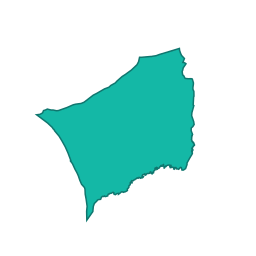 Nasarawa, Nassarawa, Nigeria (Equal Earth projection), rotated 51°
{"feature_id": "59680162B9133954487337", "entity_name": "Nasarawa", "entity_type": "district", "adm_level": 2, "iso_a3": "NGA", "parent_name": "Nigeria", "parent_adm1": "Nassarawa", "projection": "equal_earth", "projection_center": [7.947, 8.329], "detail": "fine", "context": "isolated", "style": "filled", "palette": "teal", "viewbox_px": 256, "rotation_deg": 51, "n_neighbors": 0, "source": "geoboundaries", "source_scale": "gbopen_adm2", "svg_char_len": 4663}
<svg xmlns="http://www.w3.org/2000/svg" viewBox="0 0 256 256"><g transform="rotate(51 128 128)"><path d="M86.8,65.2L81.5,73.1L80.3,74.5L83.1,78.0L84.5,81.2L85.1,88.9L84.7,96.7L84.3,100.0L84.6,107.2L85.0,109.5L84.1,114.6L84.3,116.9L84.2,117.5L82.8,121.7L81.4,130.6L80.6,134.3L80.3,146.0L79.4,149.0L76.6,153.6L75.5,155.9L73.7,162.5L70.7,171.0L69.6,172.7L67.0,174.8L65.7,176.4L62.5,178.8L62.1,180.7L61.3,182.7L62.5,184.9L62.0,187.8L60.2,190.7L73.7,187.3L75.5,187.1L79.8,186.5L81.8,186.7L82.6,186.4L83.8,186.8L90.2,186.7L91.0,186.7L96.8,187.5L103.1,188.6L109.5,190.3L115.8,192.4L117.3,192.9L117.6,193.0L117.5,193.5L120.7,193.6L125.4,194.8L127.0,195.2L130.5,195.8L133.9,196.7L138.2,198.3L142.5,199.5L146.9,199.3L148.4,199.9L150.9,201.7L152.5,202.9L156.9,205.3L163.2,209.1L164.4,210.3L166.6,212.5L173.7,218.0L170.8,207.9L167.2,204.4L165.5,201.7L165.1,197.9L164.8,197.2L165.0,196.2L165.5,195.3L166.2,194.2L165.7,193.3L165.2,192.3L165.0,191.3L165.2,190.6L165.7,190.4L166.1,189.0L166.6,189.1L167.1,188.7L167.8,187.0L168.0,186.5L167.3,185.6L167.0,184.8L167.5,184.2L167.4,183.4L167.8,182.7L168.2,181.9L168.5,180.2L168.8,179.9L169.4,179.7L170.0,180.3L170.9,180.5L171.4,180.0L171.9,179.7L171.9,179.1L171.9,178.2L172.7,176.6L173.0,176.4L173.5,176.9L173.6,175.5L173.5,173.5L173.7,172.8L174.2,172.7L174.5,172.2L174.9,172.0L175.3,171.8L175.3,171.1L175.5,170.8L175.8,170.4L176.0,169.6L176.1,168.8L176.2,168.4L176.2,167.8L175.9,167.5L175.4,167.3L174.9,166.8L174.9,165.7L174.6,164.6L174.3,164.3L173.7,163.9L173.4,163.3L173.5,162.1L173.0,161.5L171.9,160.7L171.8,160.3L172.0,159.8L172.3,159.6L172.9,159.7L173.2,159.6L173.1,159.2L172.9,159.1L171.5,158.9L171.3,158.1L172.1,157.6L172.3,156.9L172.2,156.3L172.1,155.9L172.2,155.6L172.5,155.3L172.5,155.1L172.4,154.7L172.3,154.4L172.4,154.1L172.6,153.8L172.6,153.4L172.5,152.5L172.6,152.1L173.0,152.1L173.4,151.8L173.6,151.1L173.4,151.0L173.3,150.5L173.6,150.3L174.2,149.9L174.8,149.9L175.1,149.7L175.0,149.1L175.3,148.7L175.7,148.3L175.8,147.8L175.7,147.0L175.5,146.6L175.3,146.8L175.2,147.3L174.8,147.6L174.3,147.5L174.1,147.1L173.7,146.3L173.6,145.8L174.0,145.2L174.1,144.2L174.2,143.8L174.4,143.8L174.7,143.9L175.1,144.3L175.4,144.4L175.7,143.9L175.7,143.5L175.4,142.7L175.4,142.0L175.5,141.6L175.9,141.3L176.2,140.7L176.5,140.3L176.7,139.8L176.5,139.2L176.3,138.9L176.1,138.4L176.1,138.2L176.5,138.1L176.7,137.9L176.9,138.1L177.3,138.5L177.6,138.6L178.1,138.5L178.3,138.3L178.7,138.2L178.9,138.0L178.8,137.8L178.3,137.6L178.2,137.3L178.1,137.0L178.5,136.9L178.7,136.6L178.9,136.4L178.7,136.1L178.2,135.9L178.0,135.6L177.7,135.1L177.8,134.1L177.7,133.6L177.5,133.2L176.8,133.0L176.2,132.2L176.3,131.8L176.5,131.1L176.6,130.5L176.8,130.4L177.1,131.6L177.5,131.7L177.6,131.4L177.5,130.9L177.7,130.6L178.0,130.8L178.2,131.3L178.4,131.5L178.5,131.2L178.3,130.4L178.5,129.8L178.7,129.1L178.6,128.5L178.2,127.8L178.3,127.4L178.1,126.6L177.9,126.0L178.0,125.8L178.6,126.2L178.9,125.9L179.2,125.6L179.4,125.0L179.1,124.4L178.9,124.2L178.6,123.9L178.6,123.6L178.7,123.4L179.0,123.5L179.3,124.1L179.9,124.5L180.4,124.1L180.9,124.2L181.4,124.9L181.9,125.1L182.0,124.8L181.7,123.9L181.3,123.0L181.3,122.7L181.8,122.6L181.7,122.0L181.7,121.1L182.4,119.7L184.1,118.1L184.7,118.6L184.3,119.8L185.4,120.1L185.9,119.4L185.8,118.6L187.4,117.4L188.5,118.3L189.1,118.0L188.3,116.3L189.0,115.6L190.2,116.2L191.0,115.2L192.0,114.6L191.6,112.1L192.3,111.5L194.7,112.5L195.6,111.3L195.8,108.8L193.6,105.2L192.3,104.1L190.2,98.9L188.7,94.8L188.3,94.0L187.6,93.9L187.4,93.7L187.2,93.1L186.9,92.9L186.4,93.2L186.1,92.6L185.8,92.6L185.6,92.5L185.7,92.2L185.9,91.9L186.0,91.4L185.5,91.2L185.2,91.1L184.8,91.3L184.4,91.4L184.3,91.1L184.0,91.0L184.0,90.5L183.7,90.2L183.5,89.7L183.6,89.1L183.1,88.4L183.1,88.1L183.3,87.8L183.3,87.5L183.1,87.0L182.8,86.9L182.7,87.2L182.2,86.7L181.9,86.6L181.4,86.6L181.2,86.7L181.0,86.3L180.8,86.3L180.2,86.3L179.7,86.3L179.6,86.6L179.4,86.5L179.2,86.4L179.1,86.5L178.9,86.4L178.6,86.5L178.4,86.6L178.2,86.4L177.8,86.1L177.6,86.1L176.9,85.9L176.7,85.5L176.4,85.2L175.7,84.8L175.3,84.4L175.2,84.0L175.0,83.9L174.6,83.5L174.5,83.3L174.3,83.5L174.1,83.3L174.1,82.9L173.9,82.6L173.7,81.9L173.4,81.8L169.8,80.6L167.8,78.8L167.7,76.7L166.9,74.4L164.3,72.9L158.5,70.8L156.3,68.7L152.0,62.7L151.2,62.9L145.1,57.4L144.9,56.8L141.8,54.4L141.2,53.9L140.1,53.5L139.3,53.4L138.4,52.9L137.3,52.0L135.0,49.5L134.0,48.7L130.4,47.2L129.5,47.8L127.6,50.2L125.4,52.4L122.3,51.8L121.1,52.1L118.1,50.3L117.7,49.4L116.0,47.2L114.6,42.5L113.9,42.6L112.4,43.3L111.6,44.1L109.5,40.4L105.4,40.7L103.2,40.2L100.2,39.1L98.5,38.0L96.7,42.5L90.6,57.4L89.6,60.4L89.2,61.2L87.9,63.4L87.1,64.9L86.8,65.2Z" fill="#14b8a6" stroke="#0f766e" stroke-width="1.5"/></g></svg>